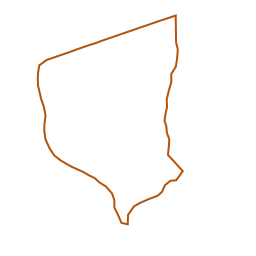 outline of Valparaíso de Goiás, Goiás, Brazil, rotated 341°
{"feature_id": "56859067B60747334875226", "entity_name": "Valparaíso de Goiás", "entity_type": "district", "adm_level": 2, "iso_a3": "BRA", "parent_name": "Brazil", "parent_adm1": "Goiás", "projection": "robinson", "projection_center": [-47.989, -16.094], "detail": "fine", "context": "isolated", "style": "outline", "palette": "amber", "viewbox_px": 256, "rotation_deg": 341, "n_neighbors": 0, "source": "geoboundaries", "source_scale": "gbopen_adm2", "svg_char_len": 988}
<svg xmlns="http://www.w3.org/2000/svg" viewBox="0 0 256 256"><g transform="rotate(341 128 128)"><path d="M209.7,37.2L192.0,37.0L182.2,37.0L175.5,37.0L167.6,37.0L159.8,37.0L149.4,37.0L139.6,37.0L131.3,37.0L125.9,37.2L118.8,37.0L111.6,37.0L104.6,37.0L97.6,37.2L86.1,37.2L79.3,37.2L73.0,37.2L64.5,39.9L60.9,46.6L58.6,52.4L56.7,58.8L56.1,64.9L55.3,72.6L55.3,80.4L54.2,89.0L49.9,97.9L47.9,103.4L46.3,111.8L47.2,121.8L49.4,130.1L53.8,136.8L58.1,141.9L61.9,146.1L66.4,150.3L71.5,155.2L75.8,160.2L80.2,164.5L83.3,170.2L88.0,176.0L91.6,184.6L91.6,191.7L89.2,198.9L90.3,207.1L90.9,215.5L96.4,219.0L99.8,210.1L108.2,204.0L115.5,202.7L124.0,202.0L134.0,201.7L139.4,199.4L144.2,194.2L150.8,191.7L156.5,193.1L161.2,189.9L165.7,186.6L162.1,178.0L157.0,166.5L160.9,158.1L163.4,152.0L163.2,145.2L164.8,138.8L164.9,132.9L167.9,127.2L171.8,120.8L173.8,113.8L178.9,105.7L183.7,99.0L186.6,90.9L193.2,85.5L197.0,78.4L200.7,69.8L201.3,62.8L209.7,37.2Z" fill="none" stroke="#b45309" stroke-width="2"/></g></svg>